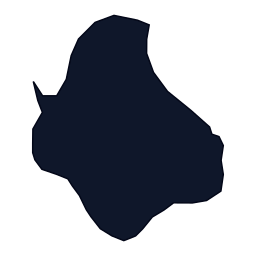 outline of Kosan, Kangwŏn-do, North Korea
{"feature_id": "82179303B69390699872040", "entity_name": "Kosan", "entity_type": "district", "adm_level": 2, "iso_a3": "PRK", "parent_name": "North Korea", "parent_adm1": "Kangwŏn-do", "projection": "robinson", "projection_center": [127.417, 38.897], "detail": "fine", "context": "isolated", "style": "filled", "palette": "ink", "viewbox_px": 256, "rotation_deg": 0, "n_neighbors": 0, "source": "geoboundaries", "source_scale": "gbopen_adm2", "svg_char_len": 672}
<svg xmlns="http://www.w3.org/2000/svg" viewBox="0 0 256 256"><path d="M33.3,81.5L37.8,100.5L42.4,112.4L32.9,129.0L32.7,143.2L32.7,152.7L34.9,159.8L41.9,169.3L56.0,174.1L67.8,178.8L72.4,186.0L79.4,195.5L86.3,209.7L91.0,216.8L100.3,228.7L112.0,235.9L123.8,240.6L125.7,239.9L135.6,235.9L142.7,228.8L152.3,217.0L164.1,209.9L173.6,202.8L192.5,202.9L206.6,200.5L220.9,191.1L223.3,174.5L221.1,160.3L223.3,145.5L219.0,136.6L211.9,134.2L209.6,127.0L190.9,110.4L179.2,100.9L167.5,91.4L153.5,72.4L146.6,53.4L146.7,39.2L149.2,24.9L137.5,20.2L114.0,15.4L95.1,22.4L78.5,39.0L71.2,55.6L66.3,79.3L56.7,95.8L42.6,95.8L33.3,81.5Z" fill="#0f172a" stroke="#020617" stroke-width="1.5"/></svg>